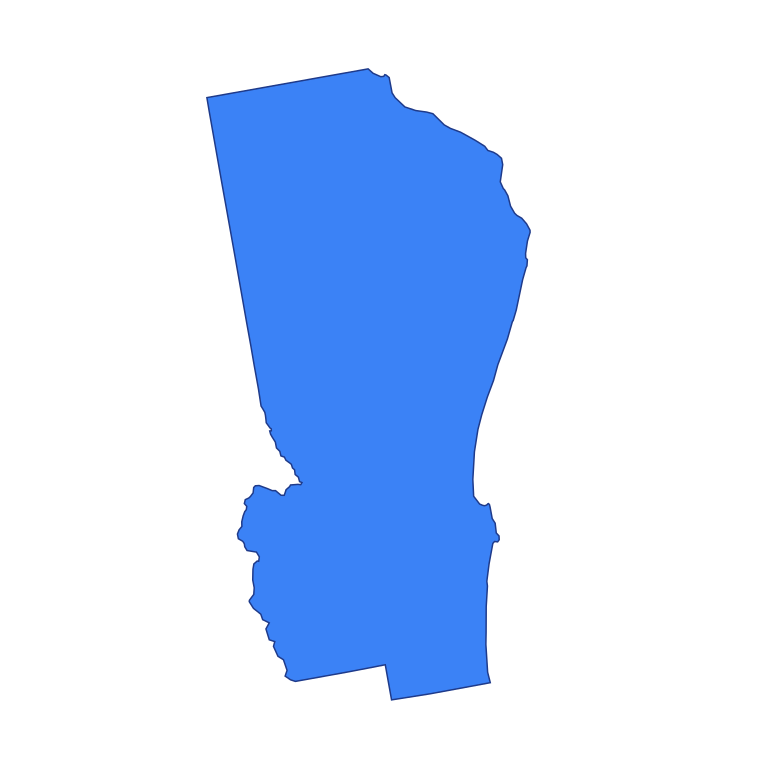 the district of Humboldt, California, United States of America, rotated 170°
{"feature_id": "52423323B26488914054819", "entity_name": "Humboldt", "entity_type": "district", "adm_level": 2, "iso_a3": "USA", "parent_name": "United States of America", "parent_adm1": "California", "projection": "natural_earth1", "projection_center": [-123.822, 40.734], "detail": "fine", "context": "isolated", "style": "filled", "palette": "blue", "viewbox_px": 768, "rotation_deg": 170, "n_neighbors": 0, "source": "geoboundaries", "source_scale": "gbopen_adm2", "svg_char_len": 2315}
<svg xmlns="http://www.w3.org/2000/svg" viewBox="0 0 768 768"><g transform="rotate(170 384 384)"><path d="M554.5,193.0L551.5,185.7L545.3,178.7L544.4,173.0L538.5,168.7L542.8,163.3L541.4,152.0L536.3,149.3L538.4,144.8L535.7,134.2L530.9,129.9L529.2,118.8L532.1,113.5L527.4,108.9L522.9,106.5L468.5,106.7L431.5,107.3L431.4,71.6L392.3,70.9L331.2,71.4L332.0,82.2L328.9,109.8L326.6,121.6L322.0,147.0L317.2,167.1L317.0,171.8L311.7,188.8L304.5,208.1L302.5,209.7L299.5,208.8L297.6,210.6L297.1,214.4L299.3,217.8L298.7,227.6L300.8,232.7L300.9,244.3L301.1,247.0L301.9,248.1L302.7,247.9L303.3,247.3L304.7,246.8L306.3,246.7L308.1,247.5L310.7,249.2L315.2,257.9L313.1,274.5L306.7,301.6L299.4,322.9L293.1,336.7L284.5,353.2L275.5,368.5L268.6,383.1L254.7,406.8L246.7,423.2L245.8,424.0L240.9,433.9L229.3,462.8L223.9,473.9L222.7,475.5L221.2,481.5L222.5,483.7L221.9,488.0L217.9,499.9L213.8,507.9L213.5,510.1L215.8,517.0L219.6,523.4L223.8,526.9L225.7,529.5L228.5,537.2L229.3,547.8L231.5,554.2L232.6,555.8L234.4,562.9L229.0,579.4L229.1,585.9L232.7,590.4L236.0,593.2L241.2,596.0L243.5,600.6L251.9,608.2L264.9,618.7L274.2,624.2L279.7,628.7L288.9,641.7L294.8,644.4L305.3,647.8L315.3,653.2L323.3,664.0L325.5,669.3L325.7,684.9L328.3,687.9L329.5,688.5L330.8,687.0L333.8,687.2L340.8,691.9L344.9,697.1L508.7,696.8L508.8,683.0L508.8,665.0L508.8,640.4L508.8,613.3L508.7,582.1L508.6,537.2L508.6,502.1L508.6,468.4L508.5,444.7L508.6,425.5L508.5,400.8L508.9,383.6L507.8,380.9L506.3,376.8L506.2,373.8L506.4,370.0L506.7,366.3L503.9,360.5L502.8,359.4L503.1,357.5L504.7,357.6L504.4,354.2L503.3,351.1L501.1,345.7L501.0,339.7L498.3,335.8L498.0,331.1L494.8,329.3L493.8,325.9L490.2,322.2L489.2,321.0L488.7,317.2L487.0,315.1L487.2,310.3L484.5,307.1L484.1,302.5L481.9,301.2L483.5,299.3L486.2,300.1L493.6,300.8L494.8,299.3L498.8,296.9L500.1,294.4L501.6,291.7L504.7,292.3L509.3,297.8L512.6,298.4L516.9,301.2L524.6,305.7L528.4,306.1L530.3,304.7L531.8,299.5L535.1,296.4L537.0,295.2L540.7,294.2L542.3,290.5L540.4,287.4L541.4,284.2L543.3,282.5L545.6,278.6L548.0,273.0L548.7,268.4L552.0,265.6L554.4,261.7L554.3,256.9L550.5,253.7L549.8,252.3L549.3,250.8L549.4,247.9L547.8,243.8L538.8,240.6L536.8,235.4L538.2,231.2L539.6,231.7L543.4,229.4L545.2,224.4L547.3,213.8L547.2,205.8L548.8,199.4L554.1,194.4L554.5,193.0Z" fill="#3b82f6" stroke="#1e3a8a" stroke-width="1.5"/></g></svg>